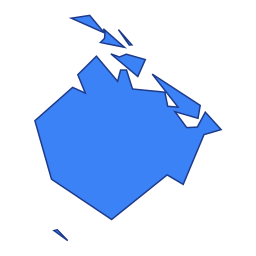 the Province of Camagüey
{"feature_id": "CUB-1364", "entity_name": "Camagüey", "entity_type": "Province", "adm_level": 1, "iso_a3": "CUB", "parent_name": "Cuba", "parent_adm1": "", "projection": "orthographic", "projection_center": [-77.855, 21.478], "detail": "coarse", "context": "isolated", "style": "filled", "palette": "blue", "viewbox_px": 256, "rotation_deg": 0, "n_neighbors": 0, "source": "natural_earth", "source_scale": "10m", "svg_char_len": 693}
<svg xmlns="http://www.w3.org/2000/svg" viewBox="0 0 256 256"><path d="M96.4,56.2L117.6,81.3L120.6,70.0L126.5,70.0L132.5,89.0L164.9,92.2L167.7,106.3L178.0,107.1L152.2,74.1L200.2,105.4L198.0,118.3L175.0,111.7L186.7,127.6L197.3,127.1L205.3,112.2L221.1,129.6L204.0,134.6L183.2,184.4L167.1,174.9L111.6,219.5L51.5,179.2L34.9,120.7L72.6,87.4L85.3,93.1L77.8,74.7L96.4,56.2ZM145.3,59.6L137.8,76.5L110.9,53.9L119.4,57.0L126.3,54.2L145.3,59.6ZM104.2,32.8L71.3,18.2L89.7,15.4L104.2,32.8ZM124.4,47.3L100.4,42.5L104.5,38.4L105.0,32.2L103.4,28.8L124.4,47.3ZM57.3,229.8L67.7,240.6L54.0,230.6L57.3,229.8ZM129.2,45.0L118.4,29.6L131.8,44.9L129.2,45.0Z" fill="#3b82f6" stroke="#1e3a8a" stroke-width="1.5"/></svg>